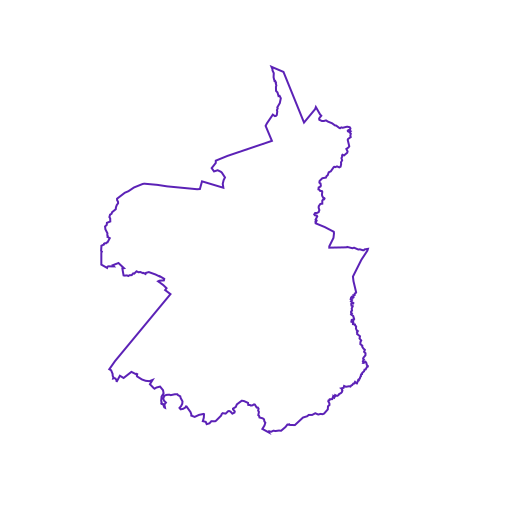 San Marcos, Jalisco, Mexico (Albers equal-area conic projection), rotated 117°
{"feature_id": "50627088B3793649992837", "entity_name": "San Marcos", "entity_type": "district", "adm_level": 2, "iso_a3": "MEX", "parent_name": "Mexico", "parent_adm1": "Jalisco", "projection": "albers", "projection_center": [-104.227, 20.824], "detail": "fine", "context": "isolated", "style": "outline", "palette": "violet", "viewbox_px": 512, "rotation_deg": 117, "n_neighbors": 0, "source": "geoboundaries", "source_scale": "gbopen_adm2", "svg_char_len": 6146}
<svg xmlns="http://www.w3.org/2000/svg" viewBox="0 0 512 512"><g transform="rotate(117 256 256)"><path d="M407.4,164.5L406.9,165.3L406.2,164.9L405.8,162.8L403.7,161.1L403.2,159.3L401.1,156.3L400.3,154.3L395.0,152.1L391.9,151.5L391.7,150.6L390.9,150.1L391.2,149.2L389.0,144.6L378.6,140.8L375.5,137.6L373.7,136.9L372.1,133.8L369.2,131.8L369.0,128.6L367.4,126.8L366.7,124.8L365.5,123.8L360.1,122.4L357.2,123.6L355.4,122.9L354.0,123.7L352.6,125.7L351.7,125.8L351.2,125.1L350.2,125.3L348.9,123.1L347.0,123.4L346.9,122.0L346.1,122.2L345.4,123.2L345.1,121.9L344.0,122.3L343.9,120.4L343.5,119.9L342.3,119.3L341.6,119.4L339.4,118.0L338.3,117.7L336.7,117.9L336.3,118.7L335.4,118.8L335.2,119.9L333.7,118.1L331.8,118.5L331.7,116.5L329.7,113.8L329.5,112.6L327.9,112.3L327.4,111.7L325.6,111.4L325.2,110.7L323.2,110.6L323.9,108.8L323.7,108.2L321.4,108.5L320.4,108.0L320.2,108.6L319.7,108.7L318.1,107.8L316.9,108.2L315.4,107.9L314.7,108.5L313.5,108.5L313.1,107.9L311.8,108.3L309.7,107.4L308.0,107.7L307.3,106.8L304.5,106.8L303.9,106.2L303.3,106.3L302.7,107.9L301.3,109.0L300.5,110.4L301.3,110.9L301.5,111.6L302.4,111.5L302.6,112.0L302.0,112.0L301.3,113.0L299.4,112.7L299.0,113.9L297.8,114.1L294.8,113.4L292.9,114.3L292.3,116.2L290.2,116.4L289.7,118.3L288.6,120.2L287.6,120.6L287.2,123.0L285.2,123.9L283.5,123.9L282.5,126.3L280.3,126.9L279.6,130.5L278.4,130.9L278.0,131.5L276.7,131.2L276.6,132.3L275.3,134.0L273.3,134.8L272.8,136.2L272.1,136.7L272.7,138.7L271.9,139.1L271.3,138.9L270.5,139.5L271.2,140.4L271.3,141.2L269.5,141.7L268.9,141.2L268.7,140.0L267.6,139.9L265.3,142.2L264.9,144.7L263.6,144.5L263.5,145.5L262.2,146.1L261.1,145.6L259.3,146.9L256.8,147.0L256.9,148.4L255.5,149.4L254.7,148.9L254.2,147.8L253.7,147.9L253.4,150.7L251.7,150.4L251.6,152.0L249.9,152.4L248.7,152.1L248.5,151.5L249.3,150.7L248.6,150.3L246.7,151.5L246.0,150.4L244.6,151.0L243.9,150.4L242.9,150.3L234.2,157.7L230.3,160.3L211.5,160.4L200.7,159.2L198.8,159.5L200.8,162.2L202.0,162.6L202.3,163.2L202.9,166.5L203.8,167.8L204.1,172.4L205.3,173.6L206.5,178.8L206.9,178.9L208.2,181.2L215.3,194.5L214.1,195.1L204.7,195.2L200.4,196.8L199.1,197.7L199.0,207.9L199.8,217.7L198.5,218.6L198.0,218.6L197.9,218.0L196.8,218.1L196.6,219.4L192.9,219.4L192.4,220.2L193.0,221.9L192.5,223.0L190.8,222.8L190.2,221.4L188.5,220.1L186.3,220.4L184.6,222.1L183.1,222.7L180.4,222.3L179.3,220.7L176.5,222.1L175.4,221.9L174.7,221.1L173.7,221.0L173.4,221.4L173.6,222.5L172.4,224.3L171.4,225.1L168.7,226.1L168.2,226.8L168.9,228.4L168.2,229.6L168.3,230.6L166.5,231.3L164.9,230.1L164.0,230.1L162.1,231.4L162.0,232.6L161.6,233.0L160.2,233.4L156.6,232.2L154.4,229.3L152.8,229.4L151.5,228.8L148.4,229.2L146.6,227.8L141.6,227.1L141.0,226.8L140.8,225.7L139.4,224.5L139.2,222.0L138.0,221.2L135.6,221.8L133.9,222.8L131.6,222.7L130.0,224.3L128.5,224.3L127.2,225.0L126.5,224.9L126.4,223.2L122.6,221.6L121.2,221.9L119.6,224.1L117.3,222.9L115.9,222.7L110.9,227.0L110.0,227.1L107.0,225.6L106.1,226.5L103.9,227.1L103.4,228.8L101.9,228.3L101.9,229.2L103.1,230.8L102.8,231.1L102.0,230.9L100.5,229.6L99.4,229.8L98.7,231.0L99.4,233.5L102.4,237.0L102.7,238.4L104.0,239.1L104.1,239.7L103.4,243.8L103.8,244.9L103.2,248.5L103.6,253.0L103.4,255.2L104.9,256.8L105.8,258.6L105.9,261.4L105.0,262.1L103.9,262.1L101.4,261.5L100.7,263.3L96.1,270.3L98.3,270.0L115.3,273.8L79.5,315.1L80.4,328.1L82.0,326.2L83.2,325.5L85.0,323.2L88.7,321.5L90.9,319.7L91.2,318.6L91.9,318.6L92.0,317.4L92.7,316.7L93.3,316.7L94.8,315.3L96.3,315.0L99.8,313.1L100.5,311.1L103.3,308.5L102.6,307.7L104.2,305.5L109.0,304.2L113.9,304.5L114.6,303.7L116.5,303.6L117.5,302.7L120.9,301.5L122.2,301.9L122.8,302.7L122.4,305.2L132.9,306.5L135.7,306.5L146.2,294.1L179.8,326.9L189.3,335.1L191.4,334.1L197.8,335.4L199.7,331.8L197.0,329.1L196.9,325.6L197.2,324.3L200.1,319.3L203.0,319.3L206.8,318.4L210.0,316.1L214.0,338.0L221.8,336.4L223.2,338.7L234.3,366.8L237.4,376.2L242.3,388.4L243.3,389.7L250.3,395.8L256.2,399.1L259.2,401.6L268.0,405.8L269.2,405.2L270.4,403.5L271.7,402.8L273.7,403.2L276.2,402.9L278.0,402.2L282.3,404.1L284.0,403.9L285.4,404.8L287.9,404.3L288.7,403.0L291.4,401.5L294.1,403.9L296.1,403.1L298.2,403.9L300.6,402.3L303.2,398.7L304.9,398.0L305.5,397.1L306.4,397.0L306.5,394.4L311.3,394.5L311.7,395.1L312.8,395.4L313.3,396.5L314.1,397.0L314.8,396.7L317.0,398.4L321.8,396.3L322.1,395.3L323.3,395.3L333.9,389.9L334.2,383.3L333.2,383.5L332.3,383.0L329.8,377.9L329.2,379.4L324.7,375.4L326.8,368.1L327.8,369.4L333.4,365.2L333.2,364.3L331.9,362.2L331.8,360.7L330.6,360.0L329.5,358.1L327.2,357.5L327.0,356.5L323.9,355.5L323.8,353.2L322.8,351.9L322.6,348.9L322.1,348.5L322.2,346.3L321.0,346.4L319.0,344.2L318.1,337.2L318.0,332.5L317.7,332.5L318.0,327.4L319.6,327.0L321.8,330.8L323.0,331.7L324.0,325.4L325.3,321.1L327.6,321.5L328.8,314.9L413.6,333.9L423.5,335.3L423.6,333.2L426.1,330.3L427.8,329.3L428.8,328.0L430.0,327.7L429.1,326.7L429.0,325.5L430.3,323.6L431.5,323.1L424.5,322.9L424.8,318.6L415.8,314.4L415.8,309.8L415.2,309.0L415.2,308.2L416.9,307.8L417.3,307.2L417.8,301.5L417.3,297.7L415.9,294.1L413.4,291.9L418.4,292.3L420.1,287.3L420.3,286.2L418.4,285.0L415.9,282.2L417.8,277.9L420.3,276.0L424.1,276.3L428.2,274.7L429.2,273.6L430.2,273.6L430.7,273.0L430.1,271.7L432.5,269.0L432.5,268.2L430.0,270.2L427.5,269.7L426.7,272.2L425.6,273.5L424.7,274.0L422.0,274.2L420.3,272.6L418.9,270.2L418.7,268.8L416.0,265.5L414.9,263.3L415.4,262.3L415.4,259.8L416.7,258.7L418.9,255.5L421.2,254.6L423.7,254.6L426.1,255.2L426.6,254.1L426.8,253.5L425.2,251.5L422.8,250.0L421.9,250.2L421.6,249.6L424.8,243.5L426.6,241.6L427.6,241.2L427.2,237.6L423.4,234.6L420.5,231.0L420.5,230.5L423.8,229.1L427.3,228.4L426.6,225.5L428.2,223.6L426.2,221.5L423.5,220.8L421.8,217.4L421.1,216.9L414.0,214.6L412.5,214.8L411.2,214.4L410.2,211.5L406.8,210.3L406.3,209.4L406.2,208.1L407.2,205.5L405.3,204.1L404.1,204.4L403.0,206.9L402.4,207.2L399.7,205.5L396.9,205.7L391.4,203.0L390.7,200.8L390.5,196.4L392.2,195.3L391.5,193.7L391.6,192.7L390.7,191.4L389.1,190.4L388.9,189.6L390.7,186.6L390.2,185.6L390.9,184.4L392.8,183.9L393.6,182.6L396.8,181.7L397.1,180.6L398.3,179.6L397.6,176.3L397.9,174.7L399.6,173.4L400.3,172.0L403.2,171.5L407.2,171.8L407.4,164.5Z" fill="none" stroke="#5b21b6" stroke-width="2"/></g></svg>